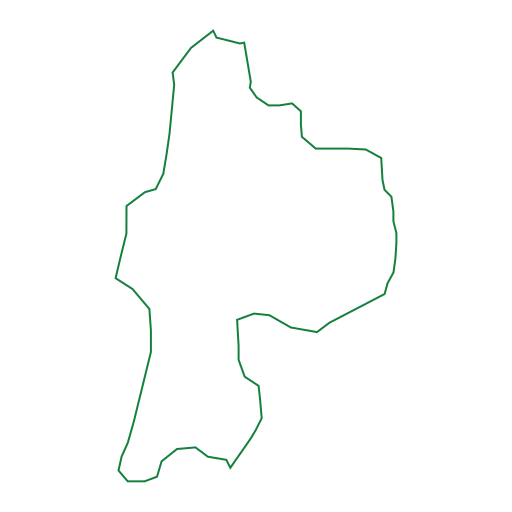 Yangju-si, Gyeonggi, South Korea
{"feature_id": "91817680B42166609445104", "entity_name": "Yangju-si", "entity_type": "district", "adm_level": 2, "iso_a3": "KOR", "parent_name": "South Korea", "parent_adm1": "Gyeonggi", "projection": "orthographic", "projection_center": [127.01, 37.796], "detail": "fine", "context": "isolated", "style": "outline", "palette": "green", "viewbox_px": 512, "rotation_deg": 0, "n_neighbors": 0, "source": "geoboundaries", "source_scale": "gbopen_adm2", "svg_char_len": 1016}
<svg xmlns="http://www.w3.org/2000/svg" viewBox="0 0 512 512"><path d="M213.2,30.7L191.0,47.9L172.6,72.5L174.2,84.7L169.5,133.8L166.4,155.3L163.3,173.8L155.7,189.1L144.9,192.2L126.5,206.0L126.4,233.6L120.3,258.2L115.6,278.2L132.5,289.0L149.4,309.0L150.9,330.5L150.9,352.0L133.9,421.2L127.8,442.8L121.6,456.6L118.5,470.5L127.7,481.3L144.7,481.3L157.0,476.7L161.6,461.3L177.0,449.0L195.5,447.4L207.8,456.7L226.3,459.8L230.3,467.8L246.3,444.9L250.9,438.2L255.5,430.5L256.1,429.3L261.7,418.2L260.1,399.7L258.6,385.9L244.7,376.7L238.6,359.8L238.6,345.9L237.1,319.8L254.0,313.6L269.3,315.2L290.9,327.5L317.0,332.1L329.3,322.8L384.6,294.0L387.6,283.2L393.5,272.4L395.4,258.6L396.4,242.9L396.4,233.1L393.4,221.3L393.4,211.4L391.4,196.7L384.5,189.8L382.5,180.0L381.2,158.0L365.8,149.5L348.1,148.6L333.4,148.6L315.7,148.6L301.9,136.8L300.9,125.0L300.9,111.3L292.1,103.4L279.3,105.4L268.5,105.4L256.7,97.5L249.8,87.7L250.8,81.8L244.2,42.6L240.0,43.5L216.5,37.6L213.2,30.7Z" fill="none" stroke="#15803d" stroke-width="2"/></svg>